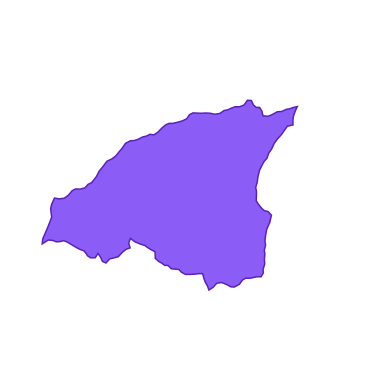 Rio Acima, Minas Gerais, Brazil, rotated 37°
{"feature_id": "56859067B29785661724315", "entity_name": "Rio Acima", "entity_type": "district", "adm_level": 2, "iso_a3": "BRA", "parent_name": "Brazil", "parent_adm1": "Minas Gerais", "projection": "equal_earth", "projection_center": [-43.772, -20.098], "detail": "fine", "context": "isolated", "style": "filled", "palette": "violet", "viewbox_px": 384, "rotation_deg": 37, "n_neighbors": 0, "source": "geoboundaries", "source_scale": "gbopen_adm2", "svg_char_len": 2206}
<svg xmlns="http://www.w3.org/2000/svg" viewBox="0 0 384 384"><g transform="rotate(37 192 192)"><path d="M224.7,60.4L221.9,63.7L219.9,66.8L217.5,69.3L215.3,73.6L211.8,76.6L209.7,81.5L207.2,85.7L202.9,88.4L199.1,85.3L195.1,83.8L192.4,85.8L188.7,85.5L184.4,83.2L181.1,85.3L181.2,91.2L178.7,95.3L175.1,98.0L172.9,101.4L171.1,104.9L168.6,107.6L167.0,112.4L163.4,116.2L159.2,118.1L155.6,120.5L151.8,123.7L148.6,125.9L145.2,128.2L143.5,131.6L143.7,136.7L141.5,141.0L138.0,145.6L135.3,148.8L132.5,150.9L130.6,154.1L129.5,158.8L128.7,165.0L127.1,169.4L123.8,171.1L121.9,174.9L119.5,177.7L117.3,182.2L114.8,185.8L111.9,188.2L109.6,193.2L109.9,199.3L109.6,203.6L109.4,209.1L108.0,214.1L105.5,218.7L105.6,224.9L105.3,231.3L106.4,237.2L106.2,245.0L104.4,248.4L104.0,253.1L100.9,257.0L97.1,259.7L95.5,263.1L95.2,268.8L93.7,273.9L89.8,277.6L85.8,279.6L87.3,286.2L89.1,290.3L91.4,292.8L95.0,296.4L96.9,302.8L98.5,308.9L99.7,313.8L101.0,319.2L103.6,323.6L106.1,316.9L109.8,314.5L113.5,313.5L116.4,311.1L118.8,308.1L122.2,307.1L126.8,306.6L132.7,306.0L137.4,305.2L141.1,304.0L143.9,304.7L146.9,305.8L150.6,305.6L154.3,302.8L153.9,297.7L158.0,299.0L162.2,301.3L166.0,300.5L166.5,294.9L169.4,291.5L172.1,288.0L172.6,282.2L173.9,277.3L176.2,273.9L172.1,270.8L170.8,266.1L176.5,266.1L181.7,264.8L186.5,263.1L189.5,263.1L193.3,262.8L198.5,262.0L202.6,267.1L207.0,267.5L211.2,267.0L214.2,267.1L217.1,265.1L221.6,265.8L225.3,263.5L228.1,261.8L231.7,262.4L236.3,261.8L240.0,259.0L243.6,256.0L246.4,253.3L249.6,250.8L253.3,253.7L256.7,255.9L261.0,257.8L264.5,260.1L266.2,255.6L266.7,249.9L270.3,246.4L274.0,245.4L277.0,244.8L280.0,244.4L282.9,242.5L285.4,237.2L285.3,232.0L286.7,228.6L290.1,226.1L294.7,220.8L298.2,218.1L297.7,213.7L295.3,211.0L293.4,205.7L290.1,201.9L287.6,197.7L284.8,195.0L282.7,190.1L279.9,187.4L277.0,182.6L274.1,176.7L272.4,169.5L269.4,162.7L264.6,161.8L260.9,163.4L257.2,163.0L252.4,161.8L248.5,160.3L245.8,156.3L243.2,152.8L240.1,149.9L238.2,145.0L235.4,139.9L232.8,133.8L231.8,128.4L231.2,124.3L231.6,120.1L229.9,114.7L229.7,109.5L228.4,103.6L228.4,97.9L228.9,92.1L228.7,87.6L228.6,82.0L232.3,77.7L229.7,74.3L227.6,71.0L225.7,65.1L224.7,60.4Z" fill="#8b5cf6" stroke="#5b21b6" stroke-width="1.5"/></g></svg>